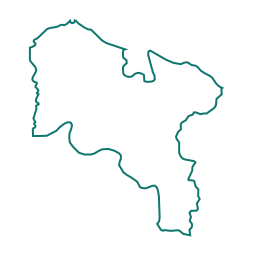 SVG path tracing the border of Aberdeenshire, rotated 268°
{"feature_id": "GBR-2013", "entity_name": "Aberdeenshire", "entity_type": "Unitary District", "adm_level": 1, "iso_a3": "GBR", "parent_name": "United Kingdom", "parent_adm1": "", "projection": "mercator", "projection_center": [-2.632, 57.223], "detail": "fine", "context": "isolated", "style": "outline", "palette": "teal", "viewbox_px": 256, "rotation_deg": 268, "n_neighbors": 0, "source": "natural_earth", "source_scale": "10m", "svg_char_len": 2945}
<svg xmlns="http://www.w3.org/2000/svg" viewBox="0 0 256 256"><g transform="rotate(268 128 128)"><path d="M123.3,32.8L130.1,32.8L130.9,33.2L131.9,35.2L133.0,35.6L134.2,35.2L135.1,34.5L136.0,34.4L137.1,35.6L140.8,33.8L150.0,37.1L153.3,36.9L155.0,39.6L155.9,39.3L156.7,37.8L158.1,36.9L160.0,37.1L165.0,39.7L165.8,38.2L166.7,38.5L167.6,39.4L168.8,39.7L170.0,39.0L171.9,37.2L172.8,36.9L174.9,38.2L176.2,38.5L176.8,37.6L177.1,36.4L177.9,35.4L178.9,34.5L179.8,34.1L182.1,34.6L186.8,37.5L189.0,38.3L191.8,37.7L198.2,32.8L199.9,32.3L211.8,32.8L211.9,33.5L212.5,35.3L213.4,37.1L214.4,38.3L215.7,38.4L217.5,36.8L218.8,36.9L219.5,37.7L220.7,40.4L229.8,50.7L230.8,54.1L231.2,57.8L231.8,61.3L233.4,64.5L233.4,65.7L233.0,68.2L234.1,70.4L237.2,73.9L235.6,74.1L234.9,75.6L235.0,77.3L236.0,78.2L237.4,78.7L236.7,79.9L234.2,82.1L229.8,88.2L227.9,91.7L227.6,94.5L216.4,105.1L213.6,109.4L206.7,127.9L206.3,126.4L206.0,126.1L204.1,125.6L201.8,125.6L200.5,125.6L199.1,125.6L197.9,126.1L196.9,127.7L195.7,128.9L194.3,128.9L192.7,128.9L191.1,126.8L189.3,125.2L186.8,125.0L182.8,125.2L181.0,126.1L180.0,128.0L179.3,129.3L179.0,131.2L179.5,134.1L180.9,135.5L182.1,137.3L182.8,140.3L182.0,143.3L180.4,145.8L177.1,145.9L174.5,145.9L173.7,147.4L173.4,149.8L173.6,153.0L174.3,155.3L175.7,156.4L177.2,156.4L179.9,156.2L182.8,154.8L185.9,154.1L189.6,153.2L192.7,152.5L197.4,151.4L200.3,150.7L203.5,151.1L204.2,152.0L204.5,152.8L204.5,153.0L194.8,168.6L191.5,175.7L190.0,182.8L190.4,184.4L191.0,185.6L191.5,187.1L191.5,189.5L191.0,190.6L189.0,193.2L188.6,194.2L187.9,197.7L186.3,199.9L182.6,202.9L179.8,207.0L177.2,211.7L175.4,213.8L169.5,217.6L167.6,219.3L165.7,221.5L164.7,223.7L163.6,222.7L161.5,222.7L158.4,222.9L154.0,217.5L147.7,216.7L145.0,214.9L139.7,207.0L139.9,204.4L139.3,200.8L141.1,196.8L141.3,194.5L139.0,193.0L137.9,189.0L133.6,185.9L131.8,182.4L130.0,180.8L124.8,180.8L122.3,177.9L117.8,175.7L115.6,176.1L111.9,178.6L101.3,178.3L97.8,179.7L95.7,181.4L94.7,183.4L92.6,192.8L91.2,194.2L87.0,191.1L82.9,190.6L74.6,186.4L73.7,187.0L73.3,191.1L72.6,192.3L67.1,193.6L64.3,196.1L61.7,196.0L57.6,195.7L54.6,197.2L50.1,194.2L45.1,195.1L43.7,194.5L43.0,193.6L43.0,188.2L41.0,186.5L37.1,187.8L33.0,186.5L30.3,188.4L28.1,188.7L26.0,187.9L24.3,185.9L18.6,186.4L20.2,179.7L23.2,176.3L24.1,174.3L23.7,167.2L24.7,160.8L24.1,159.5L25.0,157.4L31.2,153.8L33.7,155.9L37.6,156.5L44.8,156.5L52.7,156.5L58.2,156.5L63.3,155.9L67.1,155.0L69.4,153.0L69.4,150.4L68.3,147.2L67.5,145.2L67.1,143.4L67.4,140.5L68.5,137.9L71.2,136.7L74.0,135.3L76.5,132.1L79.0,128.6L81.2,125.1L83.8,121.9L88.6,119.3L91.0,117.8L94.2,118.4L97.0,119.6L99.4,119.9L100.9,119.9L103.1,118.1L105.7,113.7L107.7,107.9L107.7,104.1L107.4,100.6L105.5,96.8L103.6,93.3L102.8,89.8L103.0,83.6L105.0,78.1L111.0,72.5L115.7,69.3L119.8,69.0L124.6,69.3L128.5,71.0L132.9,72.2L135.6,70.7L135.8,67.5L134.2,64.0L131.0,59.6L127.7,56.3L123.1,46.6L123.1,39.3L123.3,34.4L123.3,32.8Z" fill="none" stroke="#0f766e" stroke-width="2"/></g></svg>